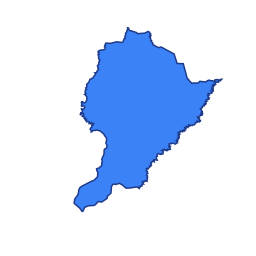 the district of Sap Yai, Chaiyaphum, Thailand, rotated 297°
{"feature_id": "78962969B56602789101546", "entity_name": "Sap Yai", "entity_type": "district", "adm_level": 2, "iso_a3": "THA", "parent_name": "Thailand", "parent_adm1": "Chaiyaphum", "projection": "robinson", "projection_center": [101.638, 15.614], "detail": "fine", "context": "isolated", "style": "filled", "palette": "blue", "viewbox_px": 256, "rotation_deg": 297, "n_neighbors": 0, "source": "geoboundaries", "source_scale": "gbopen_adm2", "svg_char_len": 5954}
<svg xmlns="http://www.w3.org/2000/svg" viewBox="0 0 256 256"><g transform="rotate(297 128 128)"><path d="M212.0,188.8L214.0,189.3L213.7,188.7L212.7,188.3L212.1,187.5L212.0,186.2L210.5,183.7L208.3,183.4L208.5,181.9L207.6,180.0L207.5,178.6L206.3,177.4L204.2,176.2L202.2,170.8L199.9,170.1L199.1,168.3L198.3,167.5L197.9,165.8L196.8,164.8L197.8,161.6L198.9,159.5L198.8,158.5L210.4,148.0L207.8,142.5L214.9,135.4L215.2,120.9L214.9,120.2L213.8,119.4L213.6,118.8L213.3,116.6L213.7,113.9L213.3,112.9L214.3,111.6L214.7,111.7L215.7,109.7L216.4,109.4L216.0,108.8L217.7,107.9L218.4,106.7L218.8,106.7L218.9,105.9L219.4,106.1L219.5,105.5L219.8,105.5L220.7,106.5L221.2,105.5L222.0,105.5L221.8,104.9L223.1,103.9L222.9,103.2L223.2,102.1L220.1,99.8L216.5,93.9L216.9,92.1L216.0,86.5L215.5,85.5L216.2,84.0L217.0,83.6L217.3,82.6L217.1,82.1L216.5,82.7L214.2,82.8L213.4,83.3L211.2,82.8L209.9,83.7L208.0,83.6L206.7,84.9L205.7,84.0L202.4,84.5L201.3,83.4L199.9,79.3L199.2,78.2L195.6,74.2L193.6,69.7L192.3,69.8L191.8,70.3L191.3,69.8L190.3,70.3L189.6,70.2L189.4,71.4L187.8,71.6L186.9,71.1L184.3,67.4L182.8,66.7L182.6,67.3L181.9,67.2L182.0,67.9L180.4,67.9L180.2,68.4L179.9,68.0L177.9,69.7L177.5,69.7L175.8,71.2L176.0,71.6L175.6,72.2L173.0,72.2L171.5,73.2L170.0,72.5L169.2,72.7L168.8,73.1L168.5,74.1L167.2,74.2L166.7,75.3L164.6,74.5L163.6,74.9L162.8,74.4L162.1,73.4L161.6,74.5L160.7,74.7L159.6,74.2L156.5,74.0L156.1,73.4L155.1,73.1L154.2,72.0L151.0,72.3L148.1,71.4L145.8,72.7L144.5,72.1L143.5,73.6L142.8,72.9L141.7,72.9L139.9,74.0L139.7,74.9L138.2,74.1L138.1,75.2L136.8,77.4L134.6,78.5L131.8,78.6L130.9,78.1L130.5,77.6L130.7,75.5L130.3,74.8L129.9,74.8L129.2,75.1L128.8,76.1L127.2,76.1L126.4,76.7L126.4,77.1L127.7,78.3L127.0,80.1L124.3,79.8L124.0,77.8L123.4,78.2L123.2,79.2L121.7,79.9L120.7,79.8L120.1,79.0L118.3,79.4L118.3,79.8L120.4,80.5L120.8,81.8L120.4,82.3L119.5,82.2L118.6,82.6L118.5,81.7L117.6,81.9L117.9,84.8L117.2,85.0L116.7,84.7L116.2,85.9L116.9,86.4L116.9,86.9L116.5,87.3L115.6,86.9L115.3,87.7L114.7,88.2L115.6,89.2L115.7,91.1L114.5,91.0L114.2,91.4L115.1,91.9L114.9,92.6L116.1,92.8L115.3,94.5L115.7,95.0L116.4,95.0L116.4,95.5L115.2,95.2L114.7,95.4L114.7,94.8L114.2,94.9L114.0,94.4L112.1,95.4L111.5,94.9L109.9,94.7L108.6,96.7L107.8,97.0L108.4,97.6L109.9,97.8L110.9,99.9L112.1,101.2L112.7,104.5L111.6,109.3L110.5,110.6L109.9,112.3L109.0,113.5L107.9,114.3L105.2,114.9L104.1,115.5L103.5,116.7L101.5,117.8L100.3,117.9L98.5,116.7L97.7,116.7L93.8,118.5L88.2,118.8L86.3,120.4L84.7,120.5L84.3,121.0L82.4,121.6L79.1,120.2L77.4,118.5L76.1,119.4L74.5,121.4L71.4,122.7L70.1,122.9L65.5,121.2L64.7,120.2L55.2,113.3L52.9,112.2L50.5,112.3L46.1,113.7L40.5,112.8L36.4,114.2L34.8,121.1L32.8,125.0L33.6,125.7L37.3,125.4L38.6,126.2L40.8,128.2L43.6,132.9L45.0,133.8L48.5,134.7L49.2,135.5L50.1,138.2L55.7,141.3L57.9,140.7L62.2,142.4L68.6,139.8L70.9,140.1L71.8,141.2L72.2,142.8L74.8,145.5L74.7,148.9L73.5,153.5L75.7,157.4L79.5,162.5L79.3,165.4L80.0,165.2L80.3,165.6L81.1,165.5L81.3,165.0L82.7,166.8L83.0,166.7L83.0,166.1L84.7,166.4L85.1,167.3L86.1,165.4L86.4,165.2L86.5,166.1L87.6,166.2L87.6,167.0L89.0,167.2L88.8,168.1L89.1,169.1L89.9,168.4L90.8,168.7L92.8,167.4L93.3,167.7L93.7,166.9L94.3,166.9L94.5,165.9L96.0,165.7L96.6,166.2L97.1,165.4L98.1,165.0L98.0,163.7L99.1,163.5L99.9,163.8L99.7,163.2L100.0,162.9L100.9,163.5L100.9,164.5L103.0,164.9L103.6,164.6L103.4,165.1L105.1,165.8L105.2,165.2L106.4,165.1L106.9,164.5L107.5,164.8L107.8,164.2L108.4,164.7L110.4,165.2L109.7,165.5L109.8,166.8L110.6,166.2L111.8,166.1L112.6,168.6L114.2,166.6L115.5,166.5L116.1,167.0L116.6,166.3L117.9,165.9L119.1,166.7L119.1,168.8L120.2,169.3L119.9,169.8L120.8,170.9L123.0,170.2L123.7,169.3L123.6,168.8L124.0,169.2L124.4,168.8L125.4,170.0L125.4,170.8L124.6,170.4L125.1,171.0L125.3,172.6L126.7,172.8L126.2,173.5L127.0,173.7L128.2,175.4L129.4,174.2L130.1,174.2L129.5,173.6L129.8,172.8L130.4,172.9L130.9,172.5L131.3,173.1L132.1,172.2L132.7,171.9L133.2,172.9L134.1,173.5L133.9,174.0L134.4,174.1L135.1,175.3L135.0,176.8L135.3,177.6L136.7,178.2L137.2,178.1L137.4,178.6L137.9,177.9L138.4,178.1L138.4,177.3L138.6,177.6L139.1,177.4L139.0,177.9L139.3,178.0L139.7,177.9L139.5,177.4L140.1,177.1L140.2,177.5L141.6,178.0L142.0,177.3L142.1,177.9L142.6,178.0L143.6,177.5L143.8,176.8L144.6,176.9L144.6,176.0L145.3,176.7L145.2,177.0L145.6,176.3L146.1,176.9L146.7,174.9L147.8,176.2L148.4,175.8L148.7,176.3L149.1,176.4L148.8,177.0L149.5,177.4L149.5,178.0L150.2,177.5L151.1,178.1L151.3,178.5L150.5,179.2L150.8,179.7L151.7,179.3L152.5,180.1L152.7,179.6L152.3,179.5L152.8,179.2L153.9,179.8L154.1,178.4L155.1,179.0L155.1,179.6L156.3,179.6L156.4,180.1L155.7,180.1L155.8,181.2L156.7,180.8L157.3,181.5L158.5,180.7L158.6,181.5L158.1,182.3L158.8,182.6L159.5,184.2L160.1,184.3L160.9,185.6L161.5,185.5L162.4,186.1L163.0,185.7L164.0,186.3L164.9,186.3L164.5,186.9L165.0,187.4L165.5,187.1L165.9,187.6L165.9,188.8L166.5,188.8L166.8,189.3L167.3,189.2L166.8,188.8L166.8,188.3L168.6,187.5L168.2,186.8L168.3,186.0L168.7,185.7L169.2,185.9L169.6,185.1L170.2,186.7L172.8,186.6L172.3,186.9L172.9,188.1L173.4,188.3L174.2,188.0L174.1,187.0L174.4,186.6L175.0,187.4L175.6,186.1L176.0,186.3L175.9,187.0L176.5,186.6L177.9,183.8L178.5,184.6L179.7,184.2L180.0,184.9L181.3,184.6L182.3,185.8L182.6,185.7L182.6,185.1L183.7,185.0L183.7,186.0L184.1,186.4L184.7,185.4L185.2,185.7L185.2,186.3L185.6,186.4L186.4,185.2L187.4,185.9L187.2,184.9L188.3,185.1L188.7,185.5L189.1,185.2L189.6,186.2L190.5,186.2L190.2,186.8L190.5,187.0L191.0,186.5L191.7,186.8L192.1,185.8L192.0,185.1L192.8,184.6L193.5,185.0L193.2,184.2L194.2,184.0L194.8,184.5L195.3,184.1L195.3,185.0L197.3,186.9L197.9,186.8L198.4,185.7L198.5,186.4L199.1,186.2L199.7,187.2L200.3,186.9L200.6,186.3L201.7,186.0L200.7,185.0L201.7,185.0L201.8,184.4L203.4,184.3L203.5,185.5L204.5,185.3L204.9,184.3L205.4,185.7L206.2,185.0L206.7,186.0L207.1,185.2L207.8,185.3L208.8,184.7L208.5,185.7L209.1,186.2L209.6,187.5L210.3,187.9L211.1,187.4L211.2,187.8L211.7,187.9L212.0,188.8Z" fill="#3b82f6" stroke="#1e3a8a" stroke-width="1.5"/></g></svg>